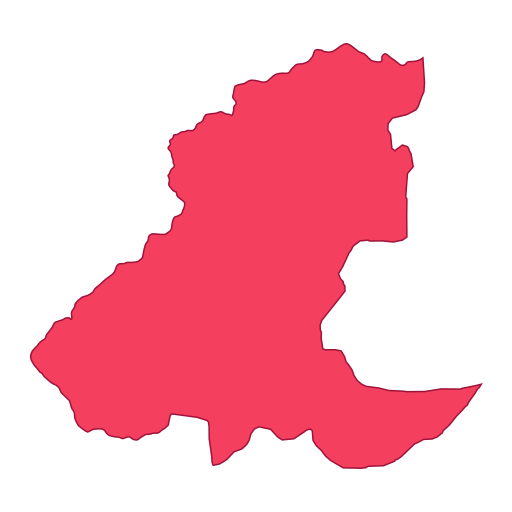 the district of San Juan Sacatepéquez, Guatemala
{"feature_id": "79465075B9598749560130", "entity_name": "San Juan Sacatepéquez", "entity_type": "district", "adm_level": 2, "iso_a3": "GTM", "parent_name": "Guatemala", "parent_adm1": "", "projection": "orthographic", "projection_center": [-90.67, 14.779], "detail": "fine", "context": "isolated", "style": "filled", "palette": "rose", "viewbox_px": 512, "rotation_deg": 0, "n_neighbors": 0, "source": "geoboundaries", "source_scale": "gbopen_adm2", "svg_char_len": 5940}
<svg xmlns="http://www.w3.org/2000/svg" viewBox="0 0 512 512"><path d="M30.8,355.2L30.7,357.5L31.0,358.8L31.6,360.7L33.7,364.3L34.4,365.3L39.0,370.8L39.5,371.7L40.5,372.5L42.1,373.4L43.6,375.8L44.3,376.6L50.7,382.3L53.1,383.8L55.9,385.0L57.4,386.2L58.2,386.9L59.5,388.6L59.9,389.7L61.0,392.2L61.6,393.0L63.1,394.5L68.7,399.9L69.5,400.8L71.0,405.6L71.3,407.1L72.0,408.7L72.5,409.6L73.3,410.5L74.3,412.6L74.5,414.5L74.7,416.6L74.9,418.2L76.1,421.4L77.9,424.8L78.9,426.0L81.0,427.7L85.3,430.9L87.7,432.0L88.9,431.5L90.7,430.5L92.1,429.8L93.1,429.4L94.2,429.2L96.0,429.0L99.0,428.8L101.1,428.9L102.2,429.1L103.8,429.8L104.8,430.7L106.5,433.2L107.7,434.4L109.1,435.3L110.2,435.7L114.2,436.8L117.7,437.0L119.1,437.2L121.6,438.3L122.7,438.6L123.9,438.3L127.2,437.0L129.0,436.8L130.1,437.2L132.8,439.1L134.0,439.6L135.4,439.9L136.8,440.0L138.4,439.3L140.5,437.6L142.2,436.5L145.3,434.7L146.5,434.4L148.4,434.3L150.7,434.0L152.1,433.5L153.6,433.2L154.7,433.1L157.5,433.1L158.6,432.7L159.5,432.2L160.3,431.4L162.3,429.8L163.2,429.2L164.3,428.7L168.2,425.2L170.2,415.3L171.9,413.9L197.1,417.3L207.0,420.4L208.5,422.1L209.1,426.6L209.2,438.9L211.7,456.0L212.1,462.3L213.2,465.3L219.2,464.1L223.0,462.0L227.1,459.2L234.1,451.8L241.7,449.0L245.5,445.7L247.2,443.7L249.3,439.8L250.9,433.8L254.5,428.9L259.0,426.8L270.6,429.3L277.9,437.1L282.1,439.9L293.9,438.8L297.4,436.4L304.8,431.5L306.0,430.3L310.2,428.9L312.3,430.7L313.0,440.3L316.3,445.7L321.0,450.1L325.7,456.2L330.7,460.5L343.1,467.8L361.1,468.2L365.6,467.7L368.0,466.3L383.6,465.7L394.6,461.2L395.1,459.9L397.3,459.4L401.0,456.8L414.6,443.9L417.4,442.7L423.6,439.4L432.1,439.0L437.3,436.9L442.4,432.8L443.1,430.8L449.3,425.1L456.6,416.0L460.0,412.6L463.7,408.6L465.1,406.9L467.2,405.2L468.9,401.8L474.8,393.6L477.5,389.1L479.3,387.4L481.3,384.2L475.7,385.6L461.5,388.5L460.6,389.1L441.3,388.9L424.9,391.5L407.3,391.7L402.3,391.1L388.8,390.5L378.8,388.0L365.9,386.3L361.5,384.1L357.3,380.6L354.1,375.7L352.2,370.3L348.6,364.8L346.1,361.8L344.5,356.5L341.1,350.9L335.1,349.7L325.5,349.8L322.8,348.8L321.2,338.2L321.4,331.9L320.4,330.4L320.1,325.3L321.7,320.5L337.7,300.4L345.0,291.1L344.9,285.9L343.6,284.2L343.1,281.5L340.5,278.8L338.5,273.7L342.5,267.0L348.1,255.0L348.9,253.1L350.6,251.0L353.3,246.0L360.1,240.9L368.0,240.1L369.3,241.0L382.3,240.9L393.4,242.0L402.5,240.1L406.9,237.0L406.7,214.8L406.9,199.1L405.7,196.8L407.5,173.5L413.2,166.7L411.0,153.8L409.0,150.1L408.7,148.3L407.2,146.6L402.5,145.0L396.2,149.6L395.1,150.8L391.9,148.4L390.5,134.3L387.8,130.0L388.1,123.7L392.4,118.1L406.6,114.7L416.0,109.8L418.2,106.4L421.7,96.6L423.9,91.7L424.5,82.6L422.9,57.8L421.0,59.2L419.3,60.1L416.2,61.1L414.0,61.4L409.0,61.7L407.2,62.2L405.3,64.4L403.8,65.3L402.4,65.3L401.2,65.2L399.9,64.7L395.2,60.8L391.2,58.0L387.7,55.1L386.6,54.3L385.1,53.8L383.8,54.4L382.8,55.3L382.0,56.5L381.9,57.9L382.0,59.1L381.6,60.9L380.8,61.7L379.1,62.0L377.4,61.9L375.9,61.7L372.8,61.1L371.1,60.3L369.9,59.3L366.1,55.4L364.2,53.9L362.7,53.2L361.7,52.9L359.1,51.8L358.2,51.3L351.6,46.1L349.4,44.7L347.1,43.8L345.5,43.8L343.9,44.3L342.6,45.0L340.2,46.4L337.1,48.7L333.6,51.0L331.6,51.8L329.5,52.1L328.5,52.1L326.0,51.9L324.4,51.6L323.4,51.3L322.1,50.3L319.3,49.8L317.9,49.7L316.4,49.8L314.9,50.5L314.1,52.0L313.1,55.2L312.5,56.6L309.9,59.9L308.7,61.1L307.5,61.9L305.9,62.7L302.8,63.7L297.4,64.2L295.8,64.9L294.7,65.9L293.5,67.2L292.0,68.6L291.0,69.8L289.4,72.0L288.6,72.8L287.4,73.2L286.2,73.3L281.9,73.2L279.1,73.5L276.5,74.1L275.2,74.7L273.2,76.0L268.0,80.7L266.3,81.7L264.9,82.0L263.5,82.1L261.6,82.0L257.9,81.0L254.6,80.4L251.0,80.2L249.4,80.7L248.2,81.2L244.8,83.3L243.8,83.7L240.6,84.3L236.7,85.3L235.2,86.1L234.6,87.3L234.2,89.0L233.6,92.8L232.8,96.2L232.8,97.7L235.2,100.7L236.0,102.0L236.2,103.1L235.6,104.7L234.4,105.8L233.8,107.0L233.6,110.6L232.5,114.8L231.6,115.5L230.2,114.8L228.6,114.2L226.6,114.1L225.2,113.7L223.5,112.8L222.6,112.2L220.7,111.7L218.7,112.2L217.2,112.9L215.5,113.3L209.3,114.0L207.5,114.3L205.9,114.7L204.4,116.6L203.2,119.6L202.7,120.6L201.9,121.5L200.6,122.5L199.3,123.0L197.9,123.7L196.9,124.7L196.3,125.8L195.4,128.0L194.4,129.3L193.5,130.1L192.4,130.5L191.0,130.7L188.1,130.4L186.9,130.7L185.9,131.2L184.0,131.7L181.3,132.0L177.7,134.3L176.4,134.6L175.0,134.6L173.7,135.2L173.3,136.5L173.1,137.5L172.5,138.6L170.0,140.2L169.7,141.6L170.6,144.1L169.8,145.5L168.5,146.8L168.1,148.3L169.1,149.9L170.1,150.8L170.8,151.9L171.5,153.6L172.0,156.8L172.9,159.4L173.1,160.8L173.2,162.7L174.4,165.2L173.9,167.1L171.8,169.0L170.7,170.5L170.0,172.1L169.5,173.6L168.5,174.9L168.0,175.8L168.8,177.3L169.3,179.1L169.4,180.6L169.2,181.7L168.8,183.2L168.8,184.2L169.0,185.5L170.2,187.2L173.1,190.6L174.9,191.6L175.9,191.8L176.9,194.0L176.9,195.5L178.3,197.2L183.5,201.3L184.5,202.5L184.7,203.7L184.6,205.1L184.1,207.4L182.1,212.5L181.4,213.9L180.1,214.8L177.9,216.0L176.1,216.5L174.8,217.0L173.7,218.2L173.0,220.0L172.2,223.2L171.8,225.8L171.6,228.0L171.0,229.7L170.1,231.0L166.6,233.5L165.7,234.0L164.7,234.4L160.8,234.4L154.4,233.9L152.6,233.9L151.6,234.1L150.2,234.8L149.2,235.8L148.6,236.9L148.1,240.5L147.5,241.5L146.3,243.1L145.7,244.1L145.1,245.6L144.2,249.0L143.8,250.9L143.2,254.1L142.6,257.3L141.6,258.5L140.7,259.4L138.2,261.3L136.5,261.9L133.5,262.3L130.9,262.4L127.3,262.4L125.9,262.8L124.3,263.6L119.4,263.8L118.0,264.6L116.8,265.9L116.3,266.9L115.5,269.6L114.8,271.0L114.4,271.9L113.4,273.3L112.0,274.6L106.2,278.9L103.4,281.3L100.1,284.4L96.6,287.2L95.4,288.3L94.6,289.2L93.9,290.6L93.0,291.9L92.1,292.8L89.5,294.5L88.4,295.1L86.5,295.8L82.9,296.9L81.8,297.4L77.7,300.8L76.7,301.9L75.1,304.2L74.6,307.2L71.9,311.3L71.4,313.6L71.8,316.7L71.8,318.8L70.5,319.3L69.4,317.9L66.8,317.9L65.4,318.1L63.3,319.4L61.8,320.1L60.2,320.5L55.4,322.2L54.5,322.9L53.5,324.6L52.1,327.4L51.5,328.3L47.1,334.0L46.1,335.8L45.9,337.0L44.9,338.8L43.8,339.7L42.5,340.4L41.0,341.4L39.2,343.2L37.2,345.8L34.2,348.9L32.4,351.0L31.1,353.7L30.8,355.2Z" fill="#f43f5e" stroke="#9f1239" stroke-width="1.5"/></svg>